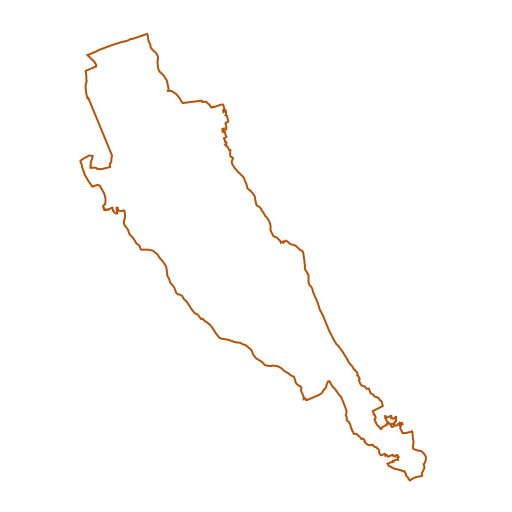 the district of Colonesti, Bacau, Romania, rotated 183°
{"feature_id": "2599482B76470777389020", "entity_name": "Colonesti", "entity_type": "district", "adm_level": 2, "iso_a3": "ROU", "parent_name": "Romania", "parent_adm1": "Bacau", "projection": "albers", "projection_center": [27.253, 46.606], "detail": "fine", "context": "isolated", "style": "outline", "palette": "amber", "viewbox_px": 512, "rotation_deg": 183, "n_neighbors": 0, "source": "geoboundaries", "source_scale": "gbopen_adm2", "svg_char_len": 5970}
<svg xmlns="http://www.w3.org/2000/svg" viewBox="0 0 512 512"><g transform="rotate(183 256 256)"><path d="M376.4,472.1L389.0,467.0L391.6,466.1L392.6,466.2L394.7,464.7L397.0,463.8L400.9,462.8L410.8,459.1L423.9,453.4L426.1,452.0L434.8,447.8L427.4,441.3L425.8,438.8L425.5,437.0L435.8,431.9L435.0,428.1L434.6,423.1L434.2,421.4L434.8,419.7L435.1,415.9L433.9,408.9L432.5,404.6L431.7,405.0L405.0,348.7L405.4,346.6L405.5,342.4L406.9,339.9L406.4,337.2L415.0,334.6L419.6,334.8L420.0,335.5L421.4,335.8L425.9,335.4L425.9,335.9L425.6,335.8L425.7,337.0L426.0,337.1L425.7,339.5L426.0,340.9L424.6,345.0L424.4,347.4L427.9,347.6L433.5,344.2L436.3,341.9L436.1,340.7L434.9,338.3L434.2,335.5L431.3,328.2L427.2,322.0L423.1,316.7L417.7,318.8L415.6,317.9L410.7,310.2L409.2,305.0L409.3,299.8L410.4,299.0L411.4,297.5L411.1,296.8L410.3,296.1L410.5,294.8L410.1,294.2L409.2,293.7L408.7,293.8L408.2,294.8L407.8,294.7L407.7,294.2L405.7,294.5L405.7,295.1L402.0,296.7L401.3,294.1L401.0,294.2L400.2,292.5L398.3,291.1L396.9,291.4L397.7,296.8L396.6,296.9L396.3,294.9L395.3,293.9L392.8,293.9L390.3,294.6L389.7,293.9L388.8,289.6L389.0,286.6L389.7,284.0L389.7,282.3L389.1,280.2L385.4,275.8L383.3,270.9L379.5,267.4L375.9,262.0L374.2,261.2L372.5,259.5L372.0,257.7L370.9,256.3L364.0,256.7L359.1,255.9L354.2,252.1L352.5,249.5L348.8,245.7L345.8,241.7L344.8,239.5L343.5,231.6L341.7,228.9L340.3,225.0L336.1,220.5L333.6,214.8L332.2,213.9L329.3,213.1L327.5,212.0L325.7,209.1L322.8,206.8L317.2,199.0L314.3,195.8L311.1,194.4L307.4,190.1L305.9,190.6L303.8,188.4L301.6,187.3L298.2,184.6L295.9,182.1L291.6,176.1L288.2,172.4L286.6,171.7L279.8,171.0L271.7,168.7L267.6,168.6L264.7,167.2L261.6,166.4L255.8,162.0L253.3,156.9L250.5,153.8L244.3,150.4L241.2,147.4L236.2,146.8L233.0,147.5L228.4,147.0L224.7,145.2L221.7,142.7L219.9,141.6L218.2,141.0L215.0,138.6L211.8,137.4L210.3,133.7L210.2,132.8L208.9,130.6L206.7,128.9L205.0,128.2L203.7,126.8L204.1,125.2L203.7,123.2L201.2,118.5L201.0,115.5L199.6,116.3L199.0,116.2L198.5,114.8L197.3,114.9L186.9,120.0L183.3,122.3L181.2,126.0L179.2,128.4L178.8,131.0L177.4,134.5L176.0,134.8L173.2,130.1L169.8,126.9L165.7,121.7L164.3,120.4L162.1,116.6L157.5,106.3L157.6,103.2L158.0,101.5L157.1,100.3L157.1,99.5L156.8,98.9L156.9,97.2L156.0,95.8L154.7,95.4L153.1,92.7L151.9,88.9L151.2,88.2L151.3,87.3L149.9,85.5L149.1,83.5L146.4,83.6L142.2,80.2L141.5,79.0L140.1,78.8L139.7,79.3L139.0,78.9L137.7,77.1L137.9,76.8L137.6,76.3L137.8,76.0L135.3,73.9L133.6,72.9L129.5,73.6L128.1,71.9L125.3,71.0L125.1,70.4L123.4,69.2L122.8,67.7L122.5,65.5L120.9,63.5L116.9,65.1L116.3,63.2L114.9,64.0L113.6,62.5L109.2,64.6L108.3,64.0L108.3,63.5L106.2,62.9L106.2,63.8L105.2,64.6L104.0,64.4L103.7,63.3L103.0,62.6L103.8,62.0L103.5,59.9L105.5,59.8L108.5,58.4L108.0,57.7L108.6,57.3L110.0,57.3L113.8,55.4L112.2,53.1L110.0,52.7L109.6,52.0L108.8,51.9L108.3,51.4L106.3,50.9L105.6,50.4L104.0,50.6L102.0,49.8L100.5,49.9L98.0,48.6L96.8,49.0L95.0,46.6L95.0,45.4L94.4,44.3L92.6,42.7L92.1,41.6L90.6,39.9L87.7,42.0L84.2,43.7L79.9,44.7L78.5,45.4L79.0,47.7L77.1,52.1L76.7,53.8L77.7,57.0L76.8,57.9L75.9,60.8L75.7,63.3L76.0,64.6L77.5,66.9L80.0,69.3L82.4,70.2L83.4,70.0L88.5,71.4L89.0,72.1L89.4,74.4L89.1,75.2L88.9,78.5L89.8,82.5L90.5,87.8L91.0,89.0L91.7,88.4L92.5,88.5L96.9,87.1L100.2,86.8L102.9,91.2L102.6,93.5L103.5,93.8L103.5,94.6L100.8,95.6L101.5,97.0L102.8,96.7L103.6,97.1L103.9,96.2L105.5,95.6L105.8,94.5L107.3,93.9L108.4,94.3L109.5,93.8L109.7,92.9L111.2,92.4L112.4,93.7L113.0,95.1L110.6,95.7L110.3,95.4L108.7,96.6L108.8,97.7L107.7,98.1L107.5,98.6L107.5,99.4L107.8,99.7L107.6,102.7L108.1,102.7L108.9,101.4L110.5,100.6L110.9,101.0L112.5,101.0L112.5,103.3L113.2,103.4L117.0,101.3L117.6,101.3L118.0,102.7L118.6,102.9L118.6,101.4L116.5,97.4L114.7,96.6L114.3,95.4L116.0,95.5L117.1,94.6L116.8,94.2L121.6,91.2L121.6,89.9L122.2,89.7L126.5,94.0L129.0,98.6L129.0,99.3L128.6,99.4L128.0,100.9L129.3,103.7L130.2,103.8L130.1,104.8L131.3,107.2L121.6,112.8L122.1,115.0L122.7,115.9L122.7,116.9L123.4,117.9L125.1,118.7L125.7,120.2L127.8,121.3L130.6,122.0L131.1,123.2L132.3,124.1L134.3,124.8L136.3,129.5L138.6,129.1L140.2,131.2L143.4,132.0L143.6,132.4L144.2,132.5L145.5,134.4L146.7,137.4L146.0,138.7L147.7,141.6L148.7,142.0L148.3,143.2L149.2,145.4L150.9,146.7L151.1,147.5L152.4,148.1L154.0,150.7L157.5,154.2L159.7,158.1L164.5,164.9L169.2,170.7L171.3,172.4L174.4,177.2L179.0,185.1L186.0,200.0L189.5,205.9L191.9,212.5L195.9,220.4L197.5,224.1L198.0,226.2L199.6,228.5L201.0,229.7L202.1,232.1L202.6,239.7L206.6,245.8L206.6,248.4L207.5,254.1L209.0,261.7L209.6,262.9L210.4,263.7L212.3,264.3L216.5,268.0L218.2,268.8L222.1,269.6L226.4,272.8L227.1,272.9L229.2,270.8L229.7,270.8L229.9,271.8L231.8,270.5L232.7,272.4L236.3,275.6L239.5,276.6L242.5,281.7L243.0,283.7L242.9,285.7L243.3,288.0L244.8,291.6L247.7,295.6L248.7,296.2L251.3,300.4L252.8,301.7L253.3,303.4L255.2,305.2L257.7,306.4L258.3,307.2L259.5,311.2L260.1,314.5L261.0,316.7L264.6,320.6L268.1,323.0L268.6,325.3L269.5,327.7L270.9,330.3L272.4,333.9L278.8,339.5L282.1,343.0L284.6,346.6L285.3,349.5L284.0,352.2L285.0,353.4L286.4,353.7L287.1,355.4L287.2,360.4L288.4,360.3L290.2,363.9L291.8,364.5L292.7,365.6L291.8,365.8L291.8,366.4L291.4,366.7L291.4,367.7L292.2,368.4L293.1,368.5L293.2,370.1L294.2,371.6L294.1,372.0L293.1,372.3L291.7,373.5L292.9,375.6L293.6,378.2L295.4,378.0L295.9,378.6L296.2,381.1L294.7,381.7L294.2,380.3L292.3,380.9L292.2,382.3L293.3,386.4L293.0,386.4L293.0,387.7L291.6,388.0L290.7,389.0L292.4,394.6L293.8,395.0L293.4,395.7L293.4,397.7L293.9,399.8L295.0,400.5L295.0,398.9L296.0,397.9L296.3,398.4L296.4,399.7L295.8,399.7L295.4,401.4L296.6,405.4L298.6,405.4L305.7,402.5L306.6,402.9L307.6,401.9L308.7,402.2L310.5,404.7L313.7,407.1L314.3,407.4L317.8,407.0L318.2,408.3L337.2,404.9L338.6,406.4L340.0,408.9L344.1,413.5L349.0,416.4L352.6,416.2L352.0,418.3L354.3,426.7L357.8,431.6L361.8,434.9L363.4,437.7L364.6,444.4L364.6,445.3L364.1,446.9L364.4,450.2L366.3,453.4L370.3,456.6L371.7,458.3L372.2,459.1L372.5,461.4L374.8,465.7L375.6,470.4L376.4,472.1Z" fill="none" stroke="#b45309" stroke-width="2"/></g></svg>